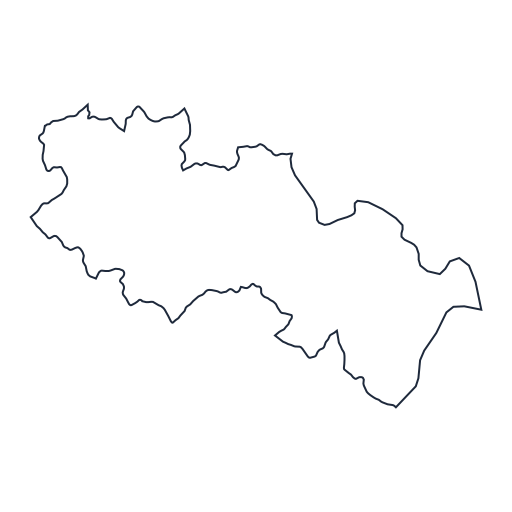 the border of Raški, rotated 270°
{"feature_id": "SRB-834", "entity_name": "Raški", "entity_type": "District", "adm_level": 1, "iso_a3": "SRB", "parent_name": "Republic of Serbia", "parent_adm1": "", "projection": "equal_earth", "projection_center": [20.586, 43.343], "detail": "fine", "context": "isolated", "style": "outline", "palette": "slate", "viewbox_px": 512, "rotation_deg": 270, "n_neighbors": 0, "source": "natural_earth", "source_scale": "10m", "svg_char_len": 6041}
<svg xmlns="http://www.w3.org/2000/svg" viewBox="0 0 512 512"><g transform="rotate(270 256 256)"><path d="M358.3,292.0L353.2,290.5L344.8,291.5L336.7,295.0L310.4,313.8L303.0,316.6L292.1,317.1L289.3,319.0L287.1,324.6L288.0,329.5L292.0,337.8L294.9,347.2L296.7,351.4L298.7,354.3L301.7,355.1L305.3,354.7L308.7,354.8L311.2,357.5L309.8,368.2L302.7,382.7L293.8,395.9L286.8,402.5L282.7,402.6L278.8,401.5L275.3,401.5L272.3,404.5L269.1,411.2L267.3,414.1L264.6,416.5L258.1,418.7L252.2,418.7L246.5,420.3L240.8,427.5L237.9,439.8L243.2,445.3L250.6,449.8L254.0,459.2L246.4,469.0L230.2,475.5L202.3,481.3L205.7,464.3L205.2,453.4L199.6,446.4L179.0,436.3L161.4,424.2L151.8,420.1L133.7,418.4L125.7,415.8L104.7,395.9L106.1,394.4L106.7,393.4L107.0,392.3L107.7,387.6L109.7,382.4L110.4,381.1L112.2,378.8L113.4,375.7L114.7,373.5L116.9,370.3L118.7,368.1L120.3,366.7L125.9,364.1L127.0,363.7L128.5,363.4L132.4,363.8L134.2,362.9L134.8,361.8L134.9,360.0L134.7,359.0L133.2,356.1L133.2,355.3L133.6,354.5L134.8,353.0L137.4,351.0L139.0,348.7L142.2,344.7L142.9,344.1L144.1,343.9L147.9,344.3L152.0,344.5L156.0,344.5L158.6,344.2L160.1,343.6L162.6,342.0L165.9,340.6L169.3,338.9L181.3,336.9L179.3,334.4L177.1,330.6L176.3,329.8L172.6,328.1L170.1,326.0L169.4,325.6L165.1,324.1L164.3,323.5L163.6,322.7L162.5,320.1L161.7,319.0L160.0,317.6L156.4,316.0L155.8,315.3L155.4,314.5L154.2,310.0L154.5,308.9L155.5,307.8L163.1,302.5L164.8,300.9L165.3,299.7L165.5,295.5L165.7,294.3L167.1,290.9L167.9,288.2L169.2,285.6L170.3,283.0L176.5,275.0L180.0,279.1L181.3,281.3L182.4,283.6L183.1,284.4L185.1,285.9L187.5,288.2L188.2,288.6L190.9,289.6L193.7,291.6L195.2,291.9L196.2,291.8L196.9,291.5L198.6,285.1L199.0,282.1L199.8,280.7L204.3,277.7L207.9,275.9L209.6,274.2L210.5,273.1L212.0,270.3L213.8,267.9L215.1,264.6L215.6,263.9L216.9,262.5L218.4,261.5L219.3,261.2L222.9,261.1L223.5,261.0L224.8,260.2L225.2,259.7L225.5,258.9L225.5,257.3L225.6,256.5L226.8,254.7L228.0,253.5L228.1,252.5L227.3,251.2L225.6,249.8L224.2,247.7L223.9,246.7L224.0,245.1L224.8,242.5L225.1,240.9L221.5,239.4L220.2,237.9L219.8,236.8L219.8,235.9L220.2,235.0L222.3,232.3L222.7,231.4L222.9,230.6L222.8,229.7L222.3,228.8L220.3,226.2L219.8,223.5L219.2,221.2L219.5,219.9L220.5,218.0L220.9,216.8L221.9,211.9L222.1,209.4L222.0,208.2L221.6,207.1L220.5,205.6L218.5,204.0L217.2,202.4L216.2,199.8L215.5,198.4L211.0,193.2L207.6,190.2L205.5,186.9L204.3,185.8L201.0,184.6L196.5,180.4L193.8,178.4L191.8,175.5L189.5,173.0L189.3,172.6L189.5,171.9L190.7,170.9L195.9,168.3L202.2,164.8L203.9,163.5L205.7,161.3L206.8,158.6L210.1,153.0L210.2,151.1L209.9,148.6L209.9,146.0L210.8,142.2L211.2,142.0L211.8,141.3L212.1,140.6L212.2,139.8L212.0,139.1L210.4,137.4L208.9,135.2L206.9,131.5L206.8,130.6L207.2,129.8L207.9,129.1L209.9,128.0L213.4,126.2L217.1,123.3L217.7,123.0L219.4,122.7L220.4,122.9L223.2,123.9L224.4,124.0L225.6,123.9L227.9,122.9L229.9,120.6L230.6,120.1L231.2,120.0L232.6,120.4L235.5,123.2L237.2,124.0L238.4,124.2L239.6,124.1L240.5,123.6L241.2,123.1L241.7,122.4L242.9,119.3L243.2,115.8L243.1,114.9L241.5,110.6L241.0,108.8L241.0,105.2L241.4,101.8L241.2,100.9L240.1,99.4L239.3,98.8L233.4,95.9L234.0,94.6L235.6,90.2L237.1,88.4L238.5,87.6L240.8,86.7L245.8,85.7L249.0,83.7L250.3,83.1L251.9,82.9L255.4,83.7L256.4,83.8L259.3,82.8L260.7,82.1L263.2,80.3L264.3,78.9L264.7,78.1L264.7,77.3L264.0,75.2L262.4,71.9L262.1,70.5L262.3,69.5L263.9,67.4L264.6,65.2L265.6,63.9L266.7,63.2L270.0,61.8L275.0,57.3L275.9,56.1L276.1,54.6L275.9,53.7L273.9,50.2L273.7,49.4L273.9,48.6L274.3,47.9L277.6,45.4L279.8,42.7L283.1,40.0L285.9,36.8L294.9,30.7L300.1,36.9L301.9,38.4L306.2,41.0L307.8,42.4L308.5,43.5L308.7,44.4L308.6,46.5L308.8,48.0L309.2,48.6L312.0,51.8L313.4,54.3L318.1,61.5L319.5,62.6L321.9,63.8L325.7,66.4L328.5,67.2L332.4,67.2L334.9,66.8L341.5,63.0L343.8,61.9L344.8,61.1L345.0,60.0L344.5,57.0L344.8,53.9L344.1,52.5L341.6,50.3L341.1,49.5L341.0,48.6L341.1,47.8L341.6,47.0L342.4,46.4L346.8,45.0L351.1,43.0L353.2,42.6L357.1,42.7L360.9,43.5L367.1,44.1L368.3,43.4L370.2,41.0L371.4,39.9L373.3,39.0L374.3,39.0L375.7,39.3L376.6,39.9L378.5,42.6L379.4,43.3L381.1,43.9L386.2,44.9L386.4,45.7L387.1,46.4L387.5,47.1L387.7,47.9L387.8,49.1L388.1,49.9L389.7,51.2L391.0,53.2L391.3,57.8L392.8,63.2L393.4,64.6L394.7,66.3L395.3,67.7L395.7,70.0L395.8,73.5L396.0,74.6L396.5,75.9L397.6,77.2L400.1,79.1L402.5,82.5L407.3,87.7L401.7,87.9L399.7,89.5L397.0,89.2L395.7,88.2L393.7,88.2L393.6,88.9L393.7,89.7L395.0,91.7L395.3,92.6L395.4,93.7L395.2,94.7L394.7,95.7L393.0,98.5L392.7,99.6L392.5,101.9L392.6,104.3L392.8,106.5L394.1,109.9L394.0,110.7L393.2,111.8L390.2,113.7L384.8,118.2L383.8,119.5L380.9,124.1L388.1,125.7L391.6,125.8L392.9,126.2L393.7,126.8L394.2,127.6L395.0,130.2L396.0,131.5L397.3,132.2L400.7,133.1L404.4,136.3L405.1,137.0L405.5,137.8L405.5,138.6L405.2,139.4L400.6,143.7L399.7,144.4L395.7,146.6L393.4,148.5L392.1,150.5L391.1,152.6L390.6,154.3L390.5,155.5L390.7,157.9L391.0,159.0L392.8,161.7L393.7,163.5L394.6,167.6L394.8,169.5L394.7,171.6L395.1,172.9L396.7,175.2L397.8,177.7L398.4,178.7L403.5,184.4L395.7,188.2L394.6,188.5L392.0,188.7L387.1,190.0L380.9,190.2L377.3,189.8L375.0,188.9L373.2,187.9L371.9,186.7L370.5,184.6L369.7,183.9L367.0,181.3L366.2,180.6L365.2,180.2L363.9,180.3L363.1,180.7L360.2,183.6L359.4,184.2L356.9,184.9L353.1,185.2L351.8,185.1L350.5,184.3L347.9,181.8L346.5,181.5L344.3,181.9L341.6,183.1L343.5,186.4L345.2,190.6L348.0,194.3L348.5,195.3L348.6,197.1L348.1,198.4L347.1,200.0L346.8,201.2L347.1,202.0L348.9,204.7L349.0,205.5L348.9,206.3L347.5,209.1L347.1,210.2L346.4,214.1L344.9,220.1L344.9,221.0L345.3,222.9L345.2,223.8L344.7,225.0L342.1,227.7L341.9,228.5L342.1,228.9L344.0,231.6L345.0,234.1L346.0,235.6L352.0,238.5L352.9,238.8L354.3,238.9L355.4,238.6L358.2,237.4L359.9,237.0L361.0,237.0L364.7,238.1L365.2,243.2L365.9,247.1L365.6,248.3L364.8,249.9L364.7,251.3L365.3,255.5L365.7,256.7L367.5,259.2L367.7,259.7L367.8,260.4L367.2,262.1L366.1,264.0L365.4,264.8L363.0,267.1L362.2,268.3L361.1,270.7L360.6,271.3L357.9,273.3L356.7,275.5L356.7,277.3L358.0,280.7L358.1,281.6L358.2,282.5L357.7,286.7L358.3,289.9L358.3,292.0Z" fill="none" stroke="#1e293b" stroke-width="2"/></g></svg>